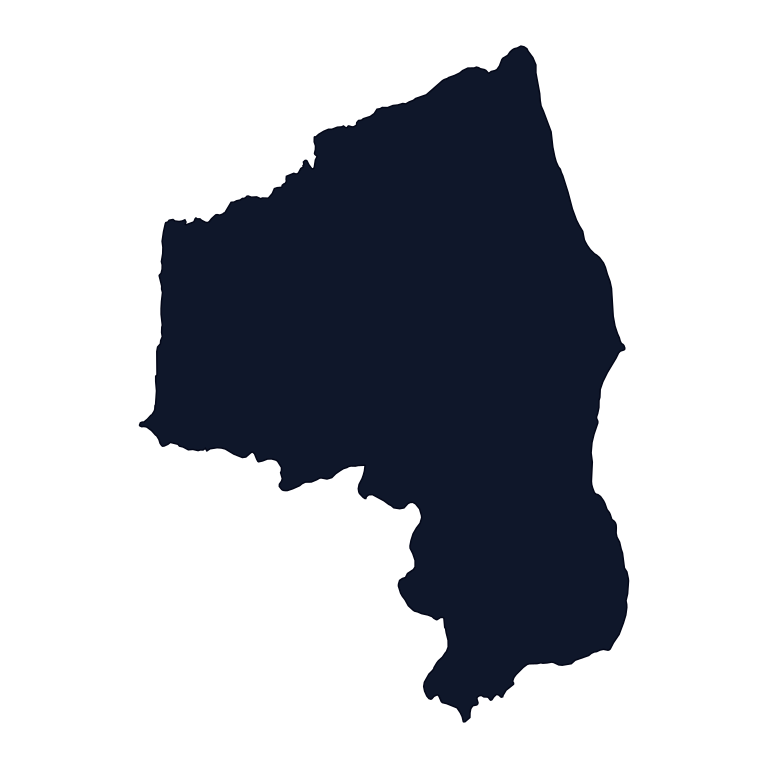 Nakfa, Semenawi Keyih Bahri, Eritrea
{"feature_id": "51966322B11242853993597", "entity_name": "Nakfa", "entity_type": "district", "adm_level": 2, "iso_a3": "ERI", "parent_name": "Eritrea", "parent_adm1": "Semenawi Keyih Bahri", "projection": "natural_earth1", "projection_center": [38.262, 16.728], "detail": "fine", "context": "isolated", "style": "filled", "palette": "ink", "viewbox_px": 768, "rotation_deg": 0, "n_neighbors": 0, "source": "geoboundaries", "source_scale": "gbopen_adm2", "svg_char_len": 6094}
<svg xmlns="http://www.w3.org/2000/svg" viewBox="0 0 768 768"><path d="M162.5,292.5L161.5,301.3L161.1,308.5L161.1,314.3L162.3,325.2L161.8,327.2L161.6,332.4L162.3,336.7L160.7,340.5L160.4,343.8L157.6,347.0L156.8,351.5L157.0,374.9L155.7,376.2L155.7,381.3L156.5,390.9L155.6,404.5L155.0,405.7L154.8,409.3L154.1,411.3L151.8,414.9L150.9,415.3L147.4,419.2L143.8,422.1L142.1,422.1L140.4,422.8L139.5,425.1L139.9,425.9L141.7,426.7L143.8,426.5L146.5,426.9L151.5,430.5L155.5,435.0L156.6,435.7L158.9,439.4L160.1,443.3L161.7,445.6L162.6,446.2L164.2,446.0L167.9,444.3L170.3,442.4L178.0,444.3L179.4,446.1L183.1,447.0L188.3,449.8L192.9,449.4L198.1,450.6L200.3,449.9L203.1,450.0L205.3,448.3L206.9,450.9L210.0,448.8L217.1,447.7L221.4,448.0L225.3,449.0L234.0,454.2L242.4,457.5L245.9,457.0L250.7,452.8L252.0,452.1L252.8,452.2L254.5,453.7L256.7,459.2L257.9,461.4L258.6,461.8L262.6,460.9L267.5,459.0L271.6,458.9L275.7,460.0L277.5,461.1L281.5,467.5L281.4,470.8L280.6,472.7L282.3,478.6L281.5,481.2L279.4,484.2L279.3,486.4L281.7,489.5L283.1,490.3L285.3,490.6L287.2,490.6L292.6,488.8L299.6,485.7L302.0,483.7L305.3,482.1L311.3,482.0L316.6,479.8L319.6,478.1L321.2,477.9L327.0,479.0L331.8,477.6L335.7,473.7L340.2,470.6L343.4,468.6L347.0,467.5L348.7,466.5L350.9,466.0L355.4,466.1L358.1,465.5L364.8,465.2L365.1,465.5L364.4,471.1L363.4,474.9L362.1,478.6L359.1,484.4L358.3,488.7L358.8,491.9L359.5,493.5L363.1,497.3L364.9,498.5L365.8,498.5L366.4,496.7L368.7,494.8L372.5,494.6L384.0,500.8L388.8,504.4L391.1,505.5L393.8,507.8L399.7,508.7L404.0,507.9L407.9,503.6L410.1,502.5L412.8,502.3L415.6,503.9L419.6,508.9L421.5,515.5L421.7,517.7L420.1,523.2L416.5,527.9L413.1,533.8L411.0,540.5L410.0,545.9L410.1,548.2L412.8,553.6L415.1,560.4L415.1,566.9L413.4,569.6L407.5,573.5L405.5,577.5L402.4,578.5L399.6,580.4L398.5,584.1L398.4,586.0L400.6,593.1L402.4,596.3L405.0,599.7L408.3,605.7L413.2,610.2L414.6,611.1L417.7,611.9L421.6,613.6L428.0,615.0L432.1,616.6L433.9,618.3L436.4,619.7L437.2,619.6L440.6,617.4L443.0,617.5L443.9,618.2L444.7,627.3L445.6,628.8L446.2,632.7L448.1,640.3L448.2,647.0L446.3,652.0L445.7,652.3L442.4,657.2L438.4,660.8L436.8,662.9L434.0,667.6L433.8,668.7L432.5,670.5L429.0,674.0L424.4,682.2L423.7,686.5L424.6,691.1L426.8,696.0L429.0,698.6L430.9,699.2L431.8,698.8L434.0,696.3L437.4,694.7L438.9,696.1L441.3,701.6L442.4,702.6L446.6,703.6L457.0,707.8L460.3,712.7L462.2,716.7L463.3,721.6L463.8,721.9L465.1,721.7L469.9,717.5L470.0,712.8L470.7,709.0L471.4,707.7L472.9,705.7L476.8,704.9L477.8,703.8L478.0,702.7L476.9,698.9L477.1,697.4L478.1,696.5L479.7,695.6L481.6,695.5L483.9,696.9L487.3,697.0L488.4,697.5L490.0,699.7L490.8,700.2L491.9,699.7L493.8,696.9L496.3,694.5L498.5,694.8L501.2,697.2L502.7,696.8L503.1,695.2L506.1,690.2L513.5,684.3L513.6,683.1L512.8,681.9L512.9,680.2L513.9,677.5L516.1,674.5L523.2,667.4L527.2,664.4L529.3,663.8L537.2,663.6L540.8,662.8L542.8,663.2L547.1,662.9L551.7,662.1L553.7,662.5L558.8,664.9L562.3,665.2L571.3,663.7L575.2,660.2L588.7,655.5L591.2,653.4L594.1,652.0L596.7,651.6L599.9,650.1L603.4,649.3L608.0,650.2L609.1,649.9L610.2,649.0L613.4,642.8L619.1,634.4L623.4,623.0L625.8,615.0L626.8,607.5L626.7,604.4L626.0,600.7L627.6,593.8L628.5,580.9L628.3,578.7L626.9,571.9L624.4,568.0L622.5,553.0L621.2,549.2L619.6,542.2L616.9,537.0L616.1,533.1L616.3,527.8L616.1,524.9L615.5,523.1L614.4,521.4L611.8,519.4L610.2,514.4L609.3,512.5L607.0,509.5L604.9,503.5L603.5,500.7L600.5,496.5L597.9,494.6L596.1,494.2L594.4,492.7L592.6,487.9L591.7,484.6L591.4,481.3L592.3,462.1L591.1,452.8L592.0,442.5L594.0,434.2L597.8,423.0L597.8,421.2L596.7,418.7L596.5,417.0L597.7,413.4L598.9,407.5L599.0,400.4L599.9,397.3L600.2,389.5L602.8,381.8L607.4,372.5L616.1,358.0L618.6,352.9L620.3,351.1L624.0,349.9L624.7,349.2L624.8,348.0L623.9,345.5L622.9,344.4L621.4,343.5L620.2,341.1L619.3,337.7L617.5,333.7L615.0,326.1L613.2,316.2L611.5,288.4L610.0,281.5L607.3,274.1L605.4,267.4L603.5,263.0L599.5,257.6L596.6,255.1L594.4,253.8L590.3,249.7L587.3,245.5L585.2,241.7L584.3,239.6L582.7,231.3L579.3,225.7L576.5,220.2L572.4,209.0L568.0,192.3L562.8,175.8L561.3,172.4L560.3,169.2L558.4,166.8L556.2,161.9L554.7,156.5L552.8,147.1L551.1,131.8L543.4,111.2L541.1,106.0L540.2,100.5L539.7,93.6L535.9,72.8L535.9,64.9L532.9,57.7L528.1,51.2L526.9,48.7L524.0,46.8L520.9,46.1L517.3,48.0L514.3,48.7L512.4,49.8L510.1,51.9L507.7,55.4L502.9,58.2L501.9,59.5L499.5,65.9L496.9,69.6L494.9,70.6L491.2,71.5L489.3,73.0L488.4,73.1L485.9,70.4L484.4,69.6L480.2,68.7L478.7,67.7L476.4,67.1L474.2,68.0L467.8,68.1L462.6,70.6L459.7,73.0L454.5,75.5L448.5,77.6L446.6,79.2L446.4,78.8L444.2,79.6L442.4,80.7L426.3,94.8L415.6,98.5L413.4,100.3L409.2,101.9L405.8,103.9L402.8,103.5L397.8,105.0L393.0,105.5L387.6,107.6L382.2,107.5L380.1,108.7L377.0,109.2L374.2,113.6L370.2,116.5L363.3,118.7L361.5,120.2L358.5,120.5L356.8,122.5L356.4,125.3L353.6,126.8L352.0,126.9L348.7,125.9L348.0,126.2L347.4,127.4L346.4,127.7L345.2,127.4L343.5,126.0L341.6,126.9L337.3,127.2L331.9,129.3L328.4,129.3L323.7,131.3L318.7,134.3L315.8,136.9L314.5,136.9L314.3,137.3L314.2,141.9L315.5,145.8L315.4,149.5L314.5,153.3L314.9,154.4L316.8,156.0L317.0,156.7L315.4,159.9L314.3,167.1L313.7,168.4L312.7,169.0L311.6,168.5L308.8,164.6L307.0,160.9L306.0,160.3L305.0,160.5L303.4,162.0L303.9,164.7L303.0,165.5L303.3,166.9L300.8,168.5L298.3,173.2L296.2,174.1L293.8,173.3L286.4,176.3L286.1,179.3L286.4,181.3L285.1,183.5L283.9,183.9L282.2,185.3L282.0,186.8L281.4,187.3L277.2,187.7L274.4,188.6L272.3,193.5L268.3,198.2L262.2,198.0L260.9,198.8L256.7,196.9L251.3,197.2L248.1,196.0L246.8,196.3L246.2,197.1L244.3,198.4L242.4,198.4L240.2,200.0L236.5,200.8L234.1,202.1L231.1,202.3L224.9,212.7L223.6,213.2L222.8,214.0L219.9,215.1L217.0,214.6L215.7,214.9L211.6,218.6L209.2,221.7L207.5,222.6L205.5,222.3L201.6,220.3L200.0,218.9L197.2,218.9L195.9,218.0L195.1,218.8L194.0,221.6L193.3,222.1L186.0,224.8L185.2,224.2L186.0,222.0L184.9,219.8L182.2,221.0L179.1,221.5L174.9,221.0L173.0,219.5L169.2,220.2L167.7,222.1L165.8,222.6L165.3,223.7L163.5,231.8L162.1,241.3L162.9,247.3L162.7,253.7L161.4,261.6L162.2,264.9L162.1,269.2L161.1,273.3L159.3,275.2L159.2,275.8L161.7,286.0L161.6,289.1L162.5,292.5Z" fill="#0f172a" stroke="#020617" stroke-width="1.5"/></svg>